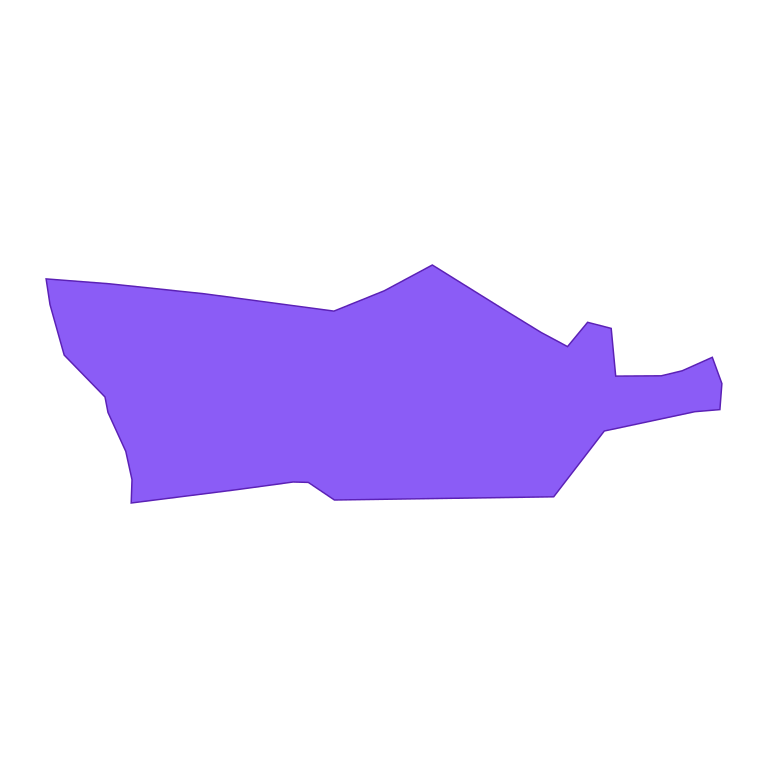 Birni-N'Konni, Tahoua, Niger
{"feature_id": "23599985B12101722290167", "entity_name": "Birni-N'Konni", "entity_type": "district", "adm_level": 2, "iso_a3": "NER", "parent_name": "Niger", "parent_adm1": "Tahoua", "projection": "albers", "projection_center": [5.016, 13.935], "detail": "fine", "context": "isolated", "style": "filled", "palette": "violet", "viewbox_px": 768, "rotation_deg": 0, "n_neighbors": 0, "source": "geoboundaries", "source_scale": "gbopen_adm2", "svg_char_len": 513}
<svg xmlns="http://www.w3.org/2000/svg" viewBox="0 0 768 768"><path d="M131.2,503.0L237.3,489.6L293.1,482.0L308.3,482.4L334.4,500.0L553.7,496.8L604.3,431.0L694.8,411.7L719.9,409.6L721.9,383.6L712.3,357.3L682.1,370.8L661.2,375.8L615.7,376.1L611.2,328.4L587.6,322.3L567.5,346.6L541.2,332.5L508.4,312.4L432.3,265.0L384.2,290.8L333.9,311.1L204.4,293.8L109.5,283.8L46.1,278.9L50.0,304.6L64.2,355.1L105.0,397.0L108.0,412.5L125.8,451.4L132.0,479.7L131.2,503.0Z" fill="#8b5cf6" stroke="#5b21b6" stroke-width="1.5"/></svg>